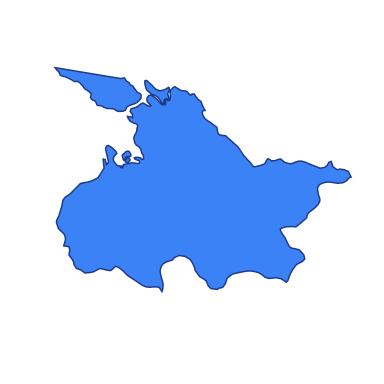 the district of Kalabakan, Sabah, Malaysia, rotated 189°
{"feature_id": "92858781B64999201183352", "entity_name": "Kalabakan", "entity_type": "district", "adm_level": 2, "iso_a3": "MYS", "parent_name": "Malaysia", "parent_adm1": "Sabah", "projection": "orthographic", "projection_center": [117.507, 4.476], "detail": "fine", "context": "isolated", "style": "filled", "palette": "blue", "viewbox_px": 384, "rotation_deg": 189, "n_neighbors": 0, "source": "geoboundaries", "source_scale": "gbopen_adm2", "svg_char_len": 5566}
<svg xmlns="http://www.w3.org/2000/svg" viewBox="0 0 384 384"><g transform="rotate(189 192 192)"><path d="M37.3,231.7L40.8,236.7L45.2,237.8L49.3,237.8L52.2,236.7L56.7,239.0L59.3,244.0L61.6,242.6L62.5,239.6L64.9,237.0L69.3,235.5L71.6,236.1L74.3,236.7L78.7,237.6L84.0,239.0L88.1,239.6L91.1,239.3L93.7,238.2L97.5,235.8L100.5,235.2L105.2,235.8L109.6,238.5L112.2,237.6L114.3,236.1L118.4,235.2L120.7,236.4L121.9,236.7L122.8,236.1L123.4,234.9L124.3,231.7L126.9,229.7L131.0,227.9L134.3,226.7L135.5,226.7L138.1,229.4L140.7,231.4L146.3,235.8L153.7,243.8L167.8,252.9L171.6,252.6L174.3,253.0L175.8,254.7L176.5,256.8L177.6,259.8L184.8,263.5L188.4,265.2L191.2,266.9L193.6,270.1L194.4,272.4L193.4,274.4L191.9,274.6L193.3,276.3L195.1,279.0L197.4,282.9L200.6,284.4L203.0,286.7L205.1,289.1L207.2,288.9L208.7,287.2L212.6,290.3L214.9,290.8L217.9,290.4L220.4,291.2L225.4,293.3L227.1,292.1L227.9,290.6L229.2,289.3L229.2,287.1L228.1,282.5L228.1,280.3L228.8,278.8L231.8,278.6L232.8,277.8L232.2,276.3L231.8,274.1L235.6,273.5L239.4,276.5L241.1,278.2L243.3,279.3L245.4,280.5L248.2,281.2L249.9,280.5L251.2,277.5L250.5,274.4L246.0,270.7L248.4,269.9L251.2,271.1L254.2,272.2L255.9,271.4L257.4,269.9L258.8,268.2L260.1,267.1L262.1,266.0L265.1,264.7L265.7,261.8L262.9,259.2L262.3,256.0L264.4,256.6L267.6,256.6L266.3,254.3L264.0,252.2L260.4,250.9L257.2,250.5L255.9,248.8L256.3,246.4L256.1,243.6L256.7,240.9L257.6,238.9L258.0,236.6L257.2,234.0L255.9,231.2L254.4,229.7L251.4,228.3L249.0,225.9L248.2,223.6L247.1,221.8L246.1,221.0L245.4,219.3L245.0,216.9L246.7,216.3L248.2,217.6L250.3,217.8L253.1,217.4L254.4,216.7L253.5,215.5L251.2,215.0L249.0,214.6L248.4,213.3L248.8,211.8L250.5,211.6L252.5,211.6L253.8,211.6L256.9,211.2L257.6,210.7L264.0,208.4L263.8,207.1L264.2,205.0L266.3,205.0L265.1,206.7L268.3,206.3L269.7,206.3L271.0,207.4L272.1,208.2L273.2,209.1L274.7,211.2L274.9,212.7L274.7,214.6L273.2,216.9L272.3,218.4L273.6,220.2L275.3,221.4L278.3,223.4L281.9,224.9L283.4,224.2L284.1,221.7L284.1,220.8L279.1,208.6L280.8,205.6L282.8,210.5L284.9,210.6L282.6,201.8L287.1,191.3L292.4,187.5L296.4,185.6L299.4,184.5L303.5,183.0L309.9,174.1L312.0,171.1L316.3,167.2L318.2,163.8L318.4,157.8L319.7,147.6L321.0,143.6L321.2,143.1L321.2,140.8L318.2,135.0L315.3,132.9L312.0,130.7L310.3,128.1L309.5,125.2L310.3,118.7L305.0,118.8L303.7,115.8L303.7,112.3L303.5,110.2L300.3,107.4L298.0,104.4L297.1,101.7L294.3,98.5L290.1,97.8L287.5,96.5L285.0,95.3L279.4,96.7L276.4,98.0L271.3,101.9L267.7,101.9L263.0,101.5L260.0,101.7L258.2,103.6L256.1,106.6L253.5,106.3L250.6,104.9L247.4,103.1L243.3,99.9L240.5,98.5L233.3,95.3L230.3,93.8L226.9,92.3L223.2,91.2L219.4,91.2L216.4,92.0L212.5,92.7L209.6,92.7L206.1,89.0L205.7,91.6L206.1,96.3L206.8,98.4L208.5,101.9L210.0,105.3L211.1,108.5L211.1,110.8L210.8,113.4L209.6,116.2L207.0,118.5L203.6,120.4L200.8,121.7L199.1,124.5L194.8,127.3L188.8,127.3L183.3,125.1L180.5,122.1L177.7,117.9L176.5,114.9L171.1,109.6L167.1,108.1L164.3,106.6L162.8,104.4L161.3,101.9L158.1,99.5L155.7,99.7L151.9,99.7L150.0,101.4L147.8,102.1L146.3,103.2L144.6,107.2L143.8,112.4L139.3,117.2L135.9,118.7L126.5,122.2L122.0,123.2L117.1,123.2L113.2,122.6L110.0,121.3L106.8,119.4L103.0,118.6L98.9,119.6L95.7,120.5L90.8,120.3L88.3,119.4L84.8,117.7L83.4,119.6L82.9,122.8L81.7,127.7L80.4,131.0L78.7,134.6L77.2,136.9L71.8,141.0L70.1,143.6L71.8,147.4L76.7,151.5L80.8,152.1L84.6,152.1L87.2,153.2L90.9,158.3L92.8,161.1L96.0,164.5L98.3,167.2L99.0,169.4L96.4,171.1L93.4,172.4L88.5,173.4L83.8,173.9L79.8,178.3L74.7,184.5L74.7,186.9L73.8,189.4L72.3,191.2L69.5,194.1L67.6,196.3L65.5,199.5L64.4,202.7L64.6,205.1L66.5,208.7L68.3,213.8L68.5,216.8L66.8,219.6L64.6,221.1L61.4,222.6L57.4,223.4L51.8,223.4L49.3,223.4L44.1,224.9L40.9,227.5L39.3,230.2L37.7,231.7L37.3,231.7ZM281.3,261.7L280.8,261.3L280.1,260.7L278.9,260.4L277.7,260.2L276.5,260.2L272.5,261.1L270.6,262.4L269.6,265.7L268.2,267.1L266.6,268.1L264.6,269.1L262.5,270.2L260.7,271.6L259.3,273.0L257.7,275.3L257.0,276.9L257.7,280.5L259.1,281.2L261.3,281.8L263.0,283.2L264.2,284.6L265.4,285.4L266.3,286.9L267.7,287.7L269.9,288.3L271.7,290.5L272.9,290.8L273.9,291.1L276.6,294.1L280.5,292.9L346.7,293.4L344.6,291.3L342.6,290.1L341.4,288.5L340.4,286.8L338.6,286.2L335.4,286.0L332.4,285.3L328.3,283.9L326.5,283.2L324.9,282.7L323.0,283.3L321.1,282.9L319.5,282.0L317.8,280.6L316.1,279.4L315.3,278.2L313.9,277.1L311.8,276.2L310.5,275.6L307.6,273.7L306.6,273.0L306.9,271.7L307.1,269.7L306.3,268.3L304.2,267.1L302.4,267.0L301.2,265.9L299.3,263.0L298.2,262.8L296.6,262.8L294.8,262.9L293.6,262.5L292.5,261.9L288.8,261.2L285.3,261.7L283.4,261.8L282.3,261.8L281.3,261.7ZM239.2,279.1L238.2,277.9L237.1,276.7L235.6,275.2L234.5,274.5L233.4,275.2L233.8,276.5L233.9,277.8L233.6,279.1L232.0,280.2L230.9,279.9L230.0,280.0L229.5,280.7L229.8,282.2L230.6,283.6L231.2,284.6L231.4,285.8L230.7,287.1L230.5,288.3L230.4,289.7L230.7,291.2L231.6,291.6L234.1,289.4L236.4,288.2L238.6,287.1L240.4,287.0L242.4,287.5L243.9,287.9L246.4,289.6L248.2,291.2L250.3,292.5L252.2,293.6L253.3,294.7L255.2,295.0L255.9,294.4L255.7,292.6L255.3,291.1L254.6,289.4L253.9,287.5L252.3,285.3L250.6,284.3L248.6,283.1L247.1,282.3L245.4,281.9L242.9,281.3L240.7,280.4L239.2,279.1ZM266.6,217.0L266.1,215.8L265.7,215.0L264.9,213.3L264.3,212.7L263.6,214.2L263.1,215.1L262.7,216.0L261.8,216.9L260.8,217.1L259.9,217.2L259.0,217.1L258.0,218.0L258.3,219.5L259.4,221.1L260.4,222.1L261.7,222.3L262.9,221.9L264.0,221.0L264.6,220.0L265.5,218.9L266.3,218.1L266.6,217.0ZM261.5,215.2L261.9,214.2L262.9,212.3L262.5,211.2L259.9,211.1L258.7,212.7L258.2,213.6L258.4,214.6L259.5,215.4L260.1,216.2L261.5,215.2Z" fill="#3b82f6" stroke="#1e3a8a" stroke-width="1.5"/></g></svg>